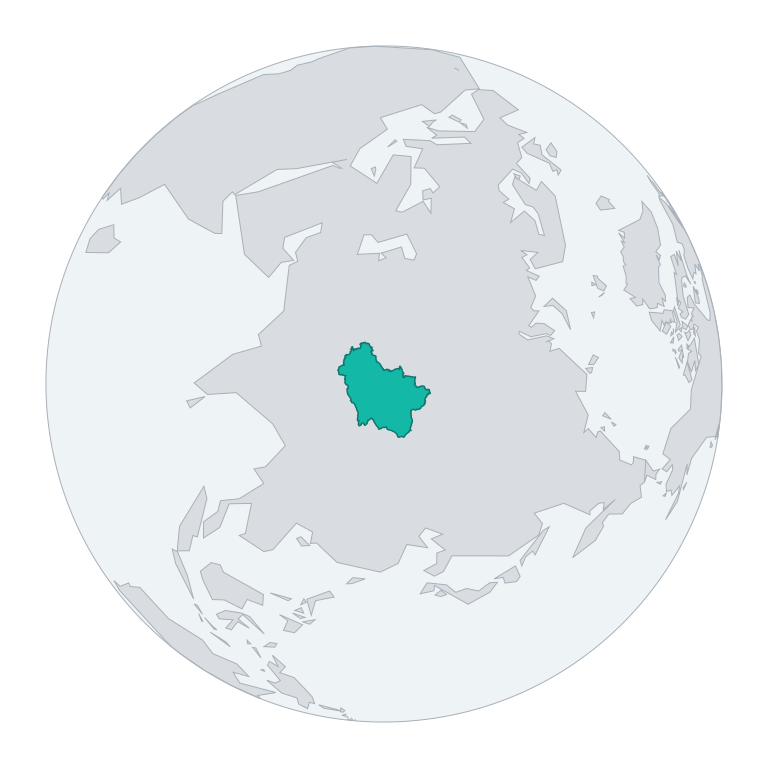 the Earth from above Xinjiang, rotated 80°
{"feature_id": "CHN-1756", "entity_name": "Xinjiang", "entity_type": "Autonomous Region", "adm_level": 1, "iso_a3": "CHN", "parent_name": "China", "parent_adm1": "", "projection": "orthographic", "projection_center": [83.367, 41.753], "detail": "fine", "context": "on_globe", "style": "filled", "palette": "teal", "viewbox_px": 768, "rotation_deg": 80, "n_neighbors": 0, "source": "natural_earth", "source_scale": "10m", "svg_char_len": 17356}
<svg xmlns="http://www.w3.org/2000/svg" viewBox="0 0 768 768"><g transform="rotate(80 384 384)"><circle cx="384" cy="384" r="338" fill="#eef3f6" stroke="#a8b0b8"/><path d="M496.4,65.3L490.0,63.7L484.7,61.6L481.9,61.3L488.4,64.3L493.3,66.5L492.5,75.6L510.8,94.1L526.1,101.5L515.3,99.3L550.6,115.5L566.6,130.3L542.6,112.9L535.7,110.7L543.7,119.8L538.3,119.7L539.0,124.4L531.8,123.7L518.4,114.5L513.5,114.1L519.5,120.7L516.0,124.8L508.0,115.1L501.2,121.5L477.5,109.1L462.0,86.6L443.0,82.3L411.6,66.7L408.6,68.9L394.8,65.6L386.2,67.1L382.8,64.6L378.9,68.2L383.7,70.3L383.5,72.8L378.9,74.2L373.8,70.9L375.4,69.7L371.5,69.5L370.9,67.4L368.5,69.2L362.9,65.5L361.6,71.3L351.3,70.3L349.4,67.3L358.7,64.8L377.1,54.4L378.1,52.0L370.1,50.4L336.1,52.5L333.4,51.7L323.1,52.5L320.4,53.8L327.5,53.8L320.0,57.2L329.6,57.6L327.9,59.3L334.1,61.6L323.4,64.5L309.7,66.4L304.0,64.9L297.7,66.0L295.3,70.5L277.0,71.8L251.7,80.2L248.1,80.7L255.1,74.7L275.1,65.9L284.4,61.2L268.5,67.9L259.6,70.2L254.0,72.4L248.7,74.9L248.2,75.6L243.1,77.6L256.1,71.2L258.4,70.3L261.7,69.0L257.3,70.9L266.6,67.2L269.2,66.2L293.8,58.3L318.8,52.4L344.2,48.4L369.9,46.4L395.6,46.3L421.3,48.1L446.8,52.0L471.9,57.7L496.4,65.3ZM496.4,67.7L489.1,64.5L485.2,62.2L491.9,64.7L496.4,67.7ZM502.9,73.9L497.9,71.9L501.5,71.2L503.2,72.5L502.9,73.9ZM538.2,107.4L533.3,102.9L539.9,107.4L538.2,107.4ZM540.4,125.1L543.5,126.6L542.6,128.5L540.4,125.1ZM339.6,60.0L336.9,60.8L337.1,59.9L339.6,60.0ZM344.8,60.5L347.0,58.9L349.8,58.9L348.4,59.9L344.8,60.5ZM530.7,129.4L528.3,132.3L528.5,127.6L530.7,129.4ZM341.4,62.5L354.5,59.2L359.4,59.4L358.1,63.3L341.4,62.5ZM525.3,132.9L519.5,140.9L526.0,144.6L504.5,139.4L516.5,133.9L515.7,127.4L520.2,131.9L525.3,132.9ZM387.2,70.5L381.9,68.2L390.6,69.0L387.2,70.5ZM392.8,70.4L419.5,70.5L424.9,75.0L414.9,73.8L425.4,79.2L414.9,81.3L406.8,78.8L405.3,75.3L402.4,78.9L392.8,70.4ZM493.6,135.6L490.2,136.5L491.2,133.9L493.6,135.6ZM384.2,73.9L389.1,73.3L394.2,77.1L385.2,79.0L386.5,77.1L384.2,73.9ZM433.3,79.9L435.5,83.4L427.6,85.9L427.3,87.7L415.1,81.8L433.3,79.9ZM383.0,77.0L380.6,80.0L374.0,79.6L379.7,74.8L383.0,77.0ZM399.2,77.3L401.2,79.3L397.2,78.8L399.2,77.3ZM349.3,80.9L355.0,79.5L358.2,81.2L349.3,80.9ZM380.1,81.2L382.4,81.4L384.3,82.1L381.4,84.0L380.1,81.2ZM410.4,84.2L406.6,84.7L415.0,86.7L409.4,89.1L402.3,84.8L403.0,87.7L401.3,88.5L397.4,84.2L410.4,84.2ZM384.1,88.2L373.1,84.4L361.7,86.2L358.6,84.5L377.5,82.0L384.1,88.2ZM392.3,86.2L386.5,87.0L385.6,84.3L388.9,82.1L392.3,86.2ZM408.2,92.4L418.6,89.8L419.8,90.8L408.2,92.4ZM381.0,89.2L383.8,90.1L380.3,89.6L381.0,89.2ZM400.1,91.9L403.6,90.7L404.9,91.9L400.1,91.9ZM386.3,93.2L382.7,91.9L384.8,90.2L386.3,93.2ZM392.7,93.0L393.7,95.0L387.8,90.4L394.1,92.2L392.7,93.0ZM400.7,93.2L402.6,93.6L399.1,93.5L400.7,93.2ZM380.2,100.7L372.3,95.4L377.0,91.5L384.1,97.1L380.2,100.7ZM85.8,542.9L76.6,523.9L74.0,512.8L69.7,497.2L58.3,448.8L60.3,434.0L58.9,421.6L55.0,414.0L54.2,399.0L52.5,392.8L47.1,359.6L49.8,334.1L63.2,278.4L67.2,270.3L75.5,252.5L109.8,238.9L108.6,253.1L126.0,280.8L126.6,287.4L115.4,298.4L121.1,341.3L133.7,336.5L148.0,366.9L163.4,379.4L185.1,356.2L160.0,335.1L164.7,317.9L192.1,323.0L215.4,342.4L218.0,336.4L210.9,313.7L224.0,308.2L209.3,305.1L209.5,313.6L200.3,312.3L199.6,304.5L204.3,302.6L199.4,294.8L178.5,306.8L176.4,316.8L159.0,305.0L153.9,320.9L146.4,322.5L152.3,296.5L157.6,290.3L162.1,256.6L154.8,261.8L150.2,294.4L148.2,288.8L138.4,297.4L144.2,286.5L151.2,250.8L140.7,239.6L113.8,247.5L110.5,240.0L113.9,225.6L137.3,204.1L142.0,223.6L150.4,217.4L161.0,199.9L161.6,207.8L166.5,203.4L169.5,210.5L185.0,209.0L189.8,215.3L206.9,204.3L211.7,206.4L200.1,212.1L194.7,220.0L207.8,236.9L213.5,237.1L223.6,228.9L225.9,235.1L234.1,225.1L247.0,231.3L238.0,215.7L249.6,206.9L263.4,205.5L265.7,200.2L243.2,202.6L235.7,206.3L231.8,213.7L209.9,222.8L203.0,219.4L219.8,200.3L211.9,193.8L228.5,182.8L279.0,181.2L294.5,186.8L296.8,215.0L286.8,218.4L281.1,209.7L276.2,226.2L281.5,220.7L283.4,226.3L295.0,220.4L297.0,224.1L304.8,212.4L308.4,216.3L303.4,223.7L323.7,219.4L334.3,226.2L337.9,223.6L338.9,218.8L351.7,231.3L353.8,228.8L350.4,223.7L352.5,215.7L361.1,206.7L365.1,211.5L362.5,215.4L363.0,231.2L355.6,241.5L358.1,242.6L365.5,234.9L364.8,215.5L368.9,208.8L370.7,217.6L370.3,213.8L373.6,212.1L380.6,215.0L379.3,205.4L409.8,182.5L426.3,186.8L424.4,196.6L449.9,188.3L466.5,195.6L463.4,190.6L473.5,184.4L468.4,181.9L467.7,179.2L491.3,164.1L499.9,165.0L506.5,154.5L504.9,152.2L498.9,150.9L504.5,139.4L526.0,144.6L528.5,149.5L540.2,150.1L544.4,161.6L553.3,171.9L551.1,185.2L558.4,193.0L562.1,192.4L574.8,203.1L587.8,228.4L560.7,210.1L537.9,176.3L545.8,189.8L539.0,187.7L538.8,193.4L544.8,203.4L548.5,203.9L532.7,227.7L537.3,258.6L548.9,252.2L559.5,257.7L574.9,291.2L565.0,346.9L579.0,358.0L582.0,367.7L574.6,377.2L570.0,363.2L559.6,361.3L558.2,352.5L544.8,364.3L542.1,352.2L533.0,368.1L540.0,376.1L552.8,369.5L546.0,389.4L563.2,401.3L568.6,420.3L551.5,461.3L528.9,478.0L528.2,484.2L517.4,480.0L505.8,494.4L527.9,522.2L528.2,531.4L508.0,552.9L507.1,546.5L478.6,535.2L475.1,557.2L496.8,570.7L504.3,588.5L488.4,585.6L480.6,569.8L470.5,565.2L471.9,546.6L461.1,519.7L445.0,526.8L445.0,515.1L427.6,491.9L403.8,500.6L366.8,531.1L363.7,559.6L350.0,570.8L328.5,527.7L325.4,498.1L313.5,499.1L294.8,470.1L250.7,456.7L248.1,447.6L239.0,448.3L226.4,435.2L223.8,420.1L214.5,416.9L222.4,456.5L232.8,460.0L246.6,451.5L246.4,464.1L259.0,479.1L232.0,498.9L172.6,497.3L172.9,474.5L159.9,396.4L163.7,390.6L163.9,389.8L164.1,388.2L156.6,396.6L156.4,381.5L156.7,433.2L154.1,452.0L171.6,498.2L168.5,499.9L176.0,510.9L207.6,517.6L206.4,524.3L187.7,547.9L149.3,565.4L158.1,593.1L161.4,611.3L145.6,609.4L155.1,624.7L148.1,621.6L153.1,628.5L152.1,629.4L149.6,627.4L131.2,608.2L114.4,587.7L99.2,565.8L85.8,542.9ZM88.2,255.4L84.9,259.9L88.2,255.4ZM233.6,377.8L251.7,387.7L254.5,365.7L261.7,367.9L260.0,360.0L254.6,364.1L252.1,343.0L263.9,341.7L267.3,332.9L261.4,329.3L240.3,335.4L243.6,365.2L234.8,370.5L233.6,377.8ZM258.8,70.5L257.5,71.1L251.7,73.7L253.5,72.7L258.8,70.5ZM231.8,85.9L224.2,88.7L230.8,85.6L231.8,84.3L247.0,76.8L247.1,80.6L244.3,79.9L231.8,85.9ZM267.3,68.8L257.7,72.5L268.2,68.4L267.3,68.8ZM190.8,175.1L188.1,180.8L181.4,183.7L175.5,177.7L185.1,173.3L190.8,175.1ZM185.7,188.6L204.0,172.4L208.5,176.2L202.9,176.6L204.0,180.7L195.3,182.8L181.6,203.1L174.8,207.1L167.5,192.6L173.6,194.8L176.0,188.7L185.7,188.6ZM243.1,131.2L251.1,126.2L250.3,140.6L242.9,143.8L236.5,137.5L241.5,130.0L243.1,131.2ZM336.7,70.8L339.8,69.3L341.2,70.0L339.7,71.9L336.7,70.8ZM351.7,80.1L324.6,78.9L326.8,76.9L308.3,79.6L306.8,75.5L318.8,73.7L303.9,73.1L314.2,69.9L303.4,70.3L330.3,66.8L339.0,64.5L329.9,68.4L331.0,72.1L334.0,73.0L349.2,74.1L368.3,71.8L372.5,75.7L370.3,79.1L366.3,80.3L364.9,77.2L360.6,81.0L355.5,77.5L351.7,80.1ZM342.5,126.9L342.5,121.2L333.1,131.5L327.9,126.7L327.2,128.2L319.8,126.8L309.5,128.0L308.5,125.2L305.0,126.9L300.0,126.3L294.8,127.9L291.1,123.7L284.5,125.4L286.5,122.5L276.0,126.7L282.2,121.8L276.4,121.1L273.4,126.2L266.5,103.5L258.8,99.0L249.0,98.3L261.0,91.0L277.9,87.5L295.2,87.5L300.9,93.3L305.3,89.4L309.3,91.2L304.2,93.6L314.5,91.1L316.4,93.3L331.9,95.6L345.6,91.5L351.6,92.6L347.2,95.4L356.3,94.6L352.0,100.7L356.2,101.7L356.2,109.2L345.3,114.5L350.8,115.4L351.1,121.6L342.5,126.9ZM379.8,102.8L367.9,109.4L359.3,110.3L362.9,97.0L359.6,95.2L361.7,87.5L374.2,86.7L372.4,88.8L373.7,90.8L369.3,90.3L373.7,92.2L371.5,95.5L374.4,98.0L369.7,99.3L379.8,102.8ZM133.0,286.6L134.5,290.4L138.2,294.6L132.1,300.5L133.0,286.6ZM137.2,262.2L139.4,264.1L132.6,273.7L131.0,270.1L137.2,262.2ZM146.5,257.5L140.1,263.5L142.6,258.1L146.5,257.5ZM202.8,213.7L205.9,215.6L203.9,218.0L199.5,219.6L202.8,213.7ZM313.4,159.2L314.8,155.1L317.1,155.0L326.0,147.9L330.5,151.3L326.9,156.9L313.4,159.2ZM177.5,357.4L169.6,359.1L168.8,354.6L171.7,354.9L177.5,357.4ZM147.2,329.2L151.3,339.2L145.5,330.7L147.2,329.2ZM319.8,161.7L323.0,158.3L323.3,162.2L319.8,161.7ZM334.3,153.5L335.6,157.4L332.1,150.9L334.3,153.5ZM206.9,632.5L202.7,654.8L189.9,648.3L182.2,638.2L180.2,622.5L193.3,624.5L198.4,618.7L206.9,632.5ZM578.0,606.3L586.2,603.7L585.7,604.9L578.0,606.3ZM569.5,606.2L579.2,602.7L567.6,609.2L569.5,606.2ZM582.9,601.2L592.7,594.9L597.0,591.3L596.0,593.8L582.9,601.2ZM562.8,608.8L525.0,620.3L509.7,621.2L513.6,616.4L538.5,610.9L562.8,608.8ZM512.4,616.6L488.5,610.0L453.5,579.1L466.1,578.3L502.2,594.4L500.0,598.5L514.4,604.7L512.4,616.6ZM568.9,578.8L566.5,590.4L546.0,596.3L536.5,597.4L529.9,585.1L533.6,576.8L541.5,574.8L570.4,539.3L580.9,541.9L572.4,556.2L580.8,562.9L568.9,578.8ZM365.3,562.4L373.9,579.0L366.3,581.3L365.3,562.4ZM580.8,516.1L570.0,532.3L579.4,512.5L580.8,516.1ZM585.5,498.4L586.9,504.3L581.6,500.2L585.5,498.4ZM529.2,493.3L520.9,496.9L520.0,492.4L530.2,485.1L529.2,493.3ZM572.6,436.3L575.0,450.3L574.3,455.5L569.3,448.6L572.6,436.3ZM362.9,190.8L345.5,196.5L336.0,203.9L335.4,212.9L328.8,203.2L343.5,191.7L362.9,190.8ZM403.6,182.7L404.0,175.6L408.8,177.6L409.3,179.5L403.6,182.7ZM400.4,179.2L391.7,172.9L395.2,168.2L401.3,174.1L400.4,179.2ZM355.2,166.1L349.7,167.4L349.6,164.1L355.2,166.1ZM613.9,631.7L614.8,630.8L612.6,632.8L604.4,640.1L604.9,639.4L598.0,644.2L541.3,680.3L530.7,684.1L537.4,679.1L535.6,670.0L539.4,668.9L541.9,659.8L577.6,637.0L604.5,607.3L619.8,599.4L634.2,577.5L648.6,567.9L641.7,582.7L653.5,577.9L669.1,544.1L668.8,562.5L672.3,560.2L671.6,561.4L654.5,586.5L635.2,610.0L613.9,631.7ZM709.1,476.0L709.9,473.0L709.8,473.4L709.1,476.0ZM598.2,598.2L610.2,584.9L616.1,581.0L598.2,598.2ZM709.0,475.3L707.6,478.9L708.1,477.0L709.0,475.3ZM709.8,471.5L710.1,469.8L709.9,472.3L709.8,471.5ZM707.7,473.9L709.0,473.2L707.4,474.9L707.7,473.9ZM706.4,477.1L705.1,478.6L705.3,477.7L706.4,477.1ZM684.6,512.9L690.5,515.6L684.4,523.5L678.0,524.3L670.6,538.4L655.3,550.9L659.6,543.2L658.1,537.6L640.7,547.5L637.3,545.0L643.9,537.3L631.7,541.1L645.2,530.2L650.2,536.8L657.5,523.5L669.1,515.8L679.5,509.1L686.7,507.8L684.6,512.9ZM644.2,552.5L646.4,551.0L644.1,555.3L644.2,552.5ZM702.5,479.0L704.5,479.4L704.0,481.1L702.9,482.5L702.5,479.0ZM688.6,504.0L696.9,485.8L698.5,483.5L692.9,499.6L688.6,504.0ZM695.4,482.8L698.7,479.2L700.1,481.3L699.3,483.6L695.4,482.8ZM616.8,560.4L616.1,563.5L612.5,563.3L616.8,560.4ZM621.7,556.1L632.4,552.7L620.6,559.1L621.7,556.1ZM586.5,563.1L590.0,568.5L601.1,559.1L592.6,569.3L599.6,576.9L596.8,582.1L590.0,573.6L586.7,587.0L581.7,588.9L579.5,579.5L584.8,564.3L589.7,556.7L609.5,545.3L586.5,563.1ZM621.8,547.8L618.8,541.3L621.0,534.6L624.2,537.2L621.8,547.8ZM609.2,525.8L600.3,519.8L592.9,527.0L607.0,506.0L613.4,515.3L609.2,525.8ZM600.4,507.1L593.7,513.8L600.2,502.2L600.4,507.1ZM591.5,511.2L589.9,504.3L595.7,502.9L591.5,511.2ZM604.1,505.7L604.1,492.9L607.7,498.8L604.1,505.7ZM585.5,489.1L599.1,495.8L582.6,497.5L578.4,473.6L585.2,470.2L585.5,489.1ZM600.7,370.4L597.1,363.7L602.2,359.0L603.2,364.9L600.7,370.4ZM615.5,339.4L602.3,355.6L591.2,369.4L596.3,370.7L596.9,384.8L587.3,376.2L592.6,357.5L601.6,349.5L599.7,338.0L604.3,326.8L598.1,314.4L599.0,306.8L607.4,315.8L615.5,339.4ZM595.0,309.4L586.0,286.1L597.1,283.3L601.6,287.7L601.1,299.4L595.2,300.2L595.0,309.4ZM587.1,279.9L581.3,280.6L555.8,252.5L553.3,246.1L578.5,264.8L574.4,266.6L578.7,274.4L587.1,279.9ZM493.0,138.7L490.4,136.7L494.2,137.3L493.0,138.7ZM464.6,178.0L464.3,174.4L468.7,174.9L464.6,178.0ZM465.6,164.8L460.9,166.7L464.3,162.7L465.6,164.8ZM450.5,171.4L458.2,166.4L453.2,174.2L450.5,171.4Z" fill="#d9dde1" stroke="#a8b0b8" stroke-width="1"/><path d="M357.7,420.4L357.3,420.0L356.6,420.1L355.3,420.0L354.8,419.6L354.2,419.6L353.8,419.2L353.0,419.1L352.8,418.8L352.4,418.7L352.0,418.3L351.5,418.0L351.5,417.8L351.6,417.4L351.4,417.2L350.8,417.5L349.6,417.6L349.5,417.4L349.4,416.5L348.7,416.3L348.5,416.0L348.5,415.7L348.9,415.5L348.9,415.2L349.1,415.0L348.9,414.6L349.0,413.7L348.5,412.5L347.6,411.8L347.3,411.7L347.0,411.8L346.9,411.9L346.6,411.9L346.4,410.9L346.2,410.6L345.6,410.5L345.2,410.2L344.4,410.2L344.1,410.6L344.0,410.3L343.8,409.9L343.4,409.9L343.2,409.6L342.6,409.7L342.3,409.4L341.9,409.1L341.9,408.8L342.3,408.8L342.5,408.5L343.1,408.6L343.6,408.2L343.9,408.7L344.3,408.7L344.6,408.4L345.2,408.3L345.4,407.9L345.7,407.8L344.5,406.5L344.5,406.2L345.0,405.6L344.6,405.2L344.8,404.9L344.7,404.8L344.7,404.0L344.3,403.7L344.4,402.4L344.7,401.9L344.7,401.4L344.4,401.1L344.1,401.0L343.9,400.8L342.5,400.0L342.1,400.1L341.6,399.9L341.4,400.2L341.2,400.3L341.3,400.6L341.2,400.7L340.7,400.6L340.1,400.1L339.9,399.4L339.9,398.9L339.7,398.5L339.9,398.2L340.4,398.2L340.5,398.0L340.4,397.8L340.0,397.4L339.9,396.9L339.6,396.5L339.9,395.7L339.9,395.1L340.8,395.0L341.0,394.6L341.3,394.4L341.2,393.7L340.9,393.4L340.9,393.2L341.6,392.2L341.7,391.9L341.9,391.7L342.7,391.5L343.3,391.7L343.6,391.6L345.2,390.4L345.9,390.5L345.6,389.9L345.9,389.4L346.6,389.9L347.2,389.8L347.4,390.0L349.0,389.0L349.3,389.2L349.3,389.9L349.5,390.1L349.4,390.5L349.5,391.1L349.9,391.0L350.5,391.1L350.8,390.8L351.2,390.6L351.7,390.8L352.1,390.4L352.2,390.5L352.3,390.9L352.4,391.0L353.1,390.5L353.6,389.8L353.9,389.5L354.1,388.7L354.6,388.2L354.7,387.6L355.1,387.3L355.8,387.1L356.2,387.4L357.2,387.4L357.9,387.7L358.6,387.6L359.4,387.3L360.5,387.5L361.0,387.1L361.4,386.4L361.8,386.2L361.8,385.8L361.9,385.6L362.6,385.2L363.0,385.0L363.2,384.7L365.7,383.7L366.1,383.4L366.5,383.5L367.5,383.0L368.1,382.9L368.6,382.2L370.3,382.1L370.4,381.8L370.2,381.2L370.5,380.9L370.2,379.7L370.3,379.4L370.1,379.0L370.0,378.5L370.5,377.5L370.9,377.5L371.8,377.2L371.8,376.9L371.1,376.6L371.0,376.4L372.2,375.7L372.7,375.9L372.8,375.8L372.9,375.6L372.8,374.9L372.3,374.5L372.6,373.8L371.7,371.1L371.5,370.7L371.4,370.2L371.2,369.8L371.4,369.2L371.2,367.9L371.5,367.0L371.4,366.7L372.0,366.4L370.9,365.7L369.9,365.8L369.4,365.4L369.4,365.1L370.4,364.4L371.6,364.4L371.8,364.0L372.2,364.1L372.9,363.8L373.5,364.0L376.4,363.1L376.9,362.7L377.3,362.8L377.4,363.0L377.5,363.6L378.1,364.0L379.3,363.5L379.7,363.6L380.3,364.2L380.6,364.1L380.9,363.4L381.0,362.4L380.5,362.1L379.8,362.0L379.6,361.7L379.9,360.5L380.4,359.5L380.7,357.8L381.2,357.0L381.9,354.7L382.5,353.4L382.6,351.9L383.1,351.9L384.6,352.7L386.2,353.2L386.8,353.3L387.6,353.1L388.6,353.2L389.2,353.2L389.6,353.5L389.4,354.0L389.5,354.1L390.2,353.9L391.5,352.8L392.6,352.7L392.8,351.9L393.2,351.8L393.2,351.4L393.2,350.7L392.8,350.1L392.9,349.3L392.5,347.6L392.7,346.3L393.2,345.0L393.5,344.7L394.3,344.6L395.1,344.6L395.5,344.2L396.0,344.2L396.5,343.9L396.6,343.5L397.2,342.8L397.1,342.4L397.3,342.0L397.0,341.6L396.9,341.4L397.5,340.5L397.9,340.5L398.5,340.3L399.6,340.6L399.9,340.5L400.0,340.3L401.1,340.0L401.2,340.3L401.2,340.8L401.4,340.9L401.4,341.1L401.0,341.4L400.9,341.7L401.2,341.9L401.3,342.2L401.9,342.3L402.2,342.6L402.2,342.8L401.8,343.2L402.0,343.5L403.3,343.9L403.7,344.3L404.1,344.3L404.3,344.6L404.4,345.0L404.5,345.4L405.0,345.6L405.4,345.9L405.8,345.9L406.4,346.5L407.1,346.6L407.6,346.2L408.3,346.2L408.5,346.6L408.8,346.9L409.1,347.0L409.2,347.3L409.8,347.3L409.9,347.2L410.0,346.9L410.4,346.9L410.6,347.6L410.9,347.9L411.6,348.1L411.6,348.3L411.9,348.8L412.1,349.0L412.2,349.6L412.4,349.7L412.3,350.1L413.5,351.8L414.2,352.1L414.4,352.6L414.4,352.9L414.8,353.3L414.8,354.1L415.0,354.3L414.6,355.9L414.9,356.6L415.1,356.9L415.2,357.5L414.1,359.1L414.0,360.7L414.5,361.1L414.7,361.8L415.0,362.0L415.1,362.4L415.9,362.2L416.2,362.2L416.7,362.6L417.2,362.6L417.5,362.4L417.9,362.8L420.0,362.6L420.8,362.9L421.8,362.9L423.3,362.5L423.8,362.6L424.7,362.5L426.2,362.7L427.0,363.0L428.0,364.1L428.6,364.1L429.1,364.0L429.9,364.8L430.2,364.8L431.0,365.1L431.5,365.6L433.0,365.9L434.4,365.6L434.2,366.3L434.3,367.1L435.3,367.4L436.2,369.2L437.0,370.4L437.3,371.3L439.5,373.1L439.8,374.0L438.8,375.0L438.7,375.3L438.9,377.7L439.1,378.4L438.5,379.4L438.1,379.6L436.9,379.7L435.1,380.3L433.2,381.8L431.0,384.9L429.5,388.2L428.3,389.0L427.2,389.0L426.8,389.2L426.9,391.4L426.4,392.8L427.5,395.2L427.6,396.9L425.0,397.7L424.0,398.5L421.8,399.4L421.1,399.6L420.3,400.1L419.1,400.4L417.5,400.7L417.4,401.1L416.3,401.9L415.5,402.1L415.3,402.3L415.3,402.5L415.5,402.9L416.8,404.8L416.9,405.3L416.7,405.8L416.8,406.0L418.8,406.9L419.3,407.3L420.0,407.5L420.2,407.8L420.5,408.6L421.3,409.6L421.3,410.0L421.2,410.2L420.7,410.3L419.9,410.8L419.1,410.9L418.6,411.6L418.5,411.8L418.6,412.5L418.9,412.9L419.3,413.1L420.1,413.3L420.9,415.4L420.8,415.8L419.6,416.3L418.5,415.8L416.3,415.8L415.6,415.1L415.3,416.2L414.9,416.3L414.0,416.3L411.8,415.4L410.7,415.4L409.9,414.9L409.3,414.9L407.8,414.5L406.0,414.8L405.4,415.1L404.0,415.4L402.9,415.2L402.1,415.7L400.3,416.0L399.7,416.3L398.8,416.3L398.5,416.6L397.6,417.0L397.4,417.5L397.2,417.8L397.0,418.4L396.4,419.1L395.3,419.1L394.6,419.8L394.3,419.4L393.9,419.2L393.1,419.4L392.5,419.3L391.5,419.6L390.8,420.2L389.7,420.4L387.9,421.5L387.1,421.3L386.4,421.5L385.2,421.6L383.3,421.3L382.8,421.4L382.1,420.9L382.1,420.2L382.0,419.9L381.4,419.7L380.9,419.9L379.4,419.7L379.0,420.0L378.8,420.5L377.7,421.1L377.6,421.6L377.4,421.8L375.5,422.3L374.6,421.7L373.6,421.7L373.0,421.3L372.8,421.5L372.8,421.8L372.5,421.9L372.0,421.5L371.5,421.5L371.0,421.3L370.2,421.1L369.2,420.4L369.1,421.0L368.6,422.0L367.8,422.9L368.0,423.2L367.9,423.5L367.4,423.7L367.2,423.9L367.3,424.5L367.5,424.9L367.5,425.2L366.6,426.7L366.3,426.8L365.7,426.5L365.1,426.4L364.4,426.6L363.8,426.5L362.5,427.0L361.8,426.6L361.2,425.9L359.8,425.5L359.4,425.2L359.1,423.9L358.8,423.3L358.8,422.6L358.2,421.4L358.5,420.3L358.5,420.1L358.2,420.0L357.7,420.4Z" fill="#14b8a6" stroke="#0f766e" stroke-width="1.5"/></g></svg>